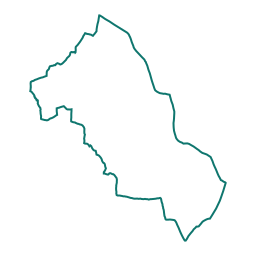 outline of Singida, Singida, United Republic of Tanzania
{"feature_id": "72390352B6504298719524", "entity_name": "Singida", "entity_type": "district", "adm_level": 2, "iso_a3": "TZA", "parent_name": "United Republic of Tanzania", "parent_adm1": "Singida", "projection": "equal_earth", "projection_center": [34.874, -4.722], "detail": "fine", "context": "isolated", "style": "outline", "palette": "teal", "viewbox_px": 256, "rotation_deg": 0, "n_neighbors": 0, "source": "geoboundaries", "source_scale": "gbopen_adm2", "svg_char_len": 5522}
<svg xmlns="http://www.w3.org/2000/svg" viewBox="0 0 256 256"><path d="M225.7,182.9L225.3,182.4L223.6,181.7L222.1,180.6L220.9,180.1L219.7,177.7L218.7,176.0L217.7,173.8L216.7,171.3L215.7,168.9L214.6,166.6L213.6,164.3L212.5,161.1L210.6,157.0L206.8,154.5L205.2,153.9L202.3,152.9L200.0,151.3L198.7,150.1L197.2,149.1L193.6,146.5L191.1,145.1L189.1,143.9L187.3,143.4L185.2,143.5L183.4,143.6L181.7,142.5L180.2,142.0L178.3,140.8L177.3,139.7L176.3,138.4L175.8,137.0L175.4,135.5L174.9,134.0L174.0,130.7L173.9,129.5L173.7,127.9L173.6,126.2L173.5,123.0L173.8,120.9L174.0,118.8L174.3,113.1L174.3,111.4L173.4,108.0L172.7,104.7L171.3,101.0L170.6,98.3L170.1,96.6L169.9,95.6L169.6,94.7L167.3,94.3L165.1,93.7L163.4,93.8L162.6,93.6L159.7,93.1L157.0,91.7L155.2,90.3L154.4,88.5L153.6,86.0L152.4,82.4L151.7,80.2L149.8,73.3L148.5,69.9L147.3,65.7L146.2,63.2L145.7,61.8L145.2,61.4L144.4,59.6L141.8,57.0L139.4,54.4L136.2,51.0L134.5,48.8L133.7,47.4L133.3,45.9L132.0,42.7L131.8,42.2L131.6,41.6L130.9,39.3L130.1,37.2L129.4,35.9L129.1,35.1L128.5,34.1L127.6,33.1L126.9,32.5L114.3,24.7L109.4,21.4L107.6,20.4L105.2,19.0L103.0,17.5L102.9,17.4L102.7,17.2L99.7,15.4L99.2,15.4L99.0,16.7L98.6,19.2L98.3,21.2L97.5,24.1L97.0,26.7L96.6,29.3L96.5,31.3L94.6,33.8L93.2,35.4L93.0,35.8L92.8,35.8L92.0,35.3L90.8,34.6L89.9,34.5L89.1,34.2L87.8,34.0L86.6,33.8L85.7,33.3L85.1,33.2L84.4,34.5L83.4,35.9L82.6,37.8L81.4,39.7L80.1,41.7L77.6,45.0L76.6,46.0L75.8,46.9L75.6,48.0L75.7,49.1L75.7,50.4L75.5,52.4L75.2,52.7L75.0,52.3L75.0,51.9L74.6,52.2L74.2,52.0L73.5,52.1L73.0,52.4L72.0,52.0L71.4,52.0L70.9,52.3L70.4,52.8L70.2,53.8L69.9,55.0L69.2,56.1L68.4,56.8L67.2,57.9L66.7,58.6L66.0,59.9L62.8,63.1L61.5,64.1L60.2,64.5L59.6,64.0L58.6,63.6L57.4,63.2L56.6,63.7L56.0,64.1L55.7,64.5L55.4,65.1L54.9,65.3L54.4,65.1L53.7,65.3L52.8,65.8L51.8,65.8L50.8,66.1L50.1,66.2L49.7,66.7L49.3,67.5L49.0,68.8L48.5,69.5L47.7,70.2L46.9,71.3L46.7,72.7L46.6,75.9L44.3,76.7L42.9,77.3L41.0,77.7L38.4,78.6L37.1,79.2L34.7,80.0L34.1,80.5L33.0,81.0L32.8,81.0L31.8,81.3L30.8,82.0L30.7,82.5L30.7,82.9L30.6,83.2L30.6,83.6L30.6,83.8L30.7,85.1L30.7,85.6L30.8,85.9L30.7,86.2L30.8,86.8L30.7,87.2L30.8,87.4L30.7,87.8L30.6,89.2L30.5,89.8L30.3,91.2L31.0,91.5L31.8,92.1L32.3,92.7L32.6,93.2L33.1,93.7L33.8,94.6L34.4,95.6L34.3,95.9L34.3,96.3L34.6,96.7L34.6,97.0L35.0,97.2L35.2,97.6L35.2,98.2L35.4,98.3L35.7,98.6L35.8,98.5L36.0,98.6L36.1,99.0L36.4,99.2L36.5,99.3L36.4,99.7L36.6,100.3L36.8,100.3L37.0,100.2L37.2,100.5L37.4,100.5L37.5,100.2L37.8,100.4L37.7,101.0L37.8,101.1L37.9,102.4L37.7,103.3L38.3,104.8L39.0,106.2L39.5,106.8L40.1,107.8L40.3,107.9L40.4,108.3L40.6,109.7L40.3,110.4L40.3,110.5L40.5,111.4L40.6,113.3L40.8,114.8L41.1,116.1L41.0,117.4L41.0,118.5L41.2,119.1L43.2,119.6L44.6,120.0L46.3,120.2L46.6,120.3L47.1,120.3L47.9,120.1L48.2,119.9L48.5,119.8L49.6,118.9L50.3,118.5L50.8,118.3L51.5,118.2L52.5,117.7L53.4,117.3L54.9,116.3L56.4,115.2L57.1,114.9L57.0,113.7L56.7,111.0L56.7,108.5L56.8,108.5L56.8,108.3L58.0,107.9L59.1,107.7L60.3,107.2L61.6,106.8L62.6,106.5L63.2,106.4L63.8,106.2L65.8,108.2L66.5,109.0L67.4,109.4L68.1,109.5L68.6,109.4L69.5,109.5L71.1,109.4L71.5,109.3L71.5,109.6L71.5,111.0L71.4,112.3L71.3,114.1L71.3,117.7L71.1,119.6L71.2,121.4L72.5,122.0L73.2,122.2L75.1,122.5L75.6,122.9L76.7,123.3L77.3,123.7L77.9,123.8L78.0,123.8L78.6,123.9L79.7,124.4L80.8,124.6L81.2,124.8L81.5,124.8L82.7,125.6L83.0,126.1L83.8,127.1L84.4,128.6L84.4,129.1L84.3,131.9L84.4,133.5L84.9,134.5L84.5,136.4L84.3,137.7L84.1,138.7L84.3,139.5L84.4,140.4L84.4,141.6L84.1,143.1L85.0,143.6L87.0,143.7L88.1,144.4L88.8,145.2L89.4,146.3L90.4,145.4L91.3,146.2L91.9,147.7L92.5,148.7L93.3,149.8L94.1,150.4L95.0,150.7L95.7,150.8L96.2,152.8L96.5,154.6L97.3,154.9L98.3,155.2L99.1,155.7L99.5,156.2L100.4,157.2L100.9,157.9L101.4,158.7L101.8,159.6L102.0,160.7L102.2,161.0L103.0,162.5L103.4,162.8L103.6,163.0L104.2,163.2L104.8,164.2L105.3,166.9L105.9,168.3L105.0,170.5L103.8,172.2L103.8,173.5L104.6,173.5L106.3,174.2L108.1,174.6L108.7,174.2L109.2,173.5L109.6,173.3L110.0,173.2L110.5,173.2L111.9,173.9L112.5,174.2L113.3,174.2L114.3,175.0L114.7,175.5L116.6,178.1L116.9,179.8L116.8,181.5L116.8,182.7L116.5,184.1L116.2,185.6L116.3,185.9L116.1,187.9L116.1,189.0L116.2,190.5L116.4,191.5L116.4,192.6L116.3,193.7L116.6,194.5L116.7,195.1L117.1,195.3L117.6,195.5L119.1,195.5L119.8,195.5L120.8,195.8L121.7,195.9L123.2,196.3L124.6,196.3L125.7,196.6L126.7,196.7L127.4,196.9L127.9,197.1L128.9,197.3L129.2,197.5L131.0,198.0L131.7,198.0L133.3,198.5L134.4,198.7L137.3,198.6L138.4,198.8L138.9,198.8L139.8,198.7L140.7,198.7L141.6,199.0L143.0,199.1L143.8,199.1L145.0,198.9L145.9,199.1L146.5,199.1L147.6,199.2L148.8,199.6L149.7,199.3L150.9,199.1L151.9,199.1L155.0,198.8L156.3,198.6L156.9,198.4L157.8,198.3L158.6,198.3L160.1,197.9L160.7,198.3L161.0,198.8L161.3,200.0L161.3,200.3L161.6,201.7L161.8,202.4L162.3,203.7L162.4,204.0L162.5,204.6L162.6,205.8L163.1,207.2L163.1,208.1L163.7,209.9L163.9,211.3L164.0,212.4L164.4,215.5L164.6,216.4L164.8,216.8L165.0,217.1L165.3,218.1L165.3,218.7L165.7,219.4L166.2,219.7L166.7,219.7L167.0,219.7L167.9,219.7L168.9,219.6L169.9,219.5L173.2,219.9L174.6,220.2L175.8,221.7L176.1,222.3L176.7,223.5L176.9,224.2L178.6,227.8L180.4,232.2L181.8,235.2L183.4,238.3L183.9,239.1L184.1,239.6L184.9,240.6L185.7,240.6L186.9,238.9L188.4,236.1L190.7,233.2L192.6,231.0L193.7,229.3L195.4,227.8L196.4,226.6L197.8,226.6L198.8,226.3L199.7,225.2L200.9,223.8L202.2,222.1L203.2,221.2L205.7,219.8L207.5,219.0L208.9,218.7L209.9,218.7L211.8,215.7L216.1,208.6L219.8,200.8L220.9,197.8L223.3,190.8L224.2,187.8L225.7,182.9Z" fill="none" stroke="#0f766e" stroke-width="2"/></svg>